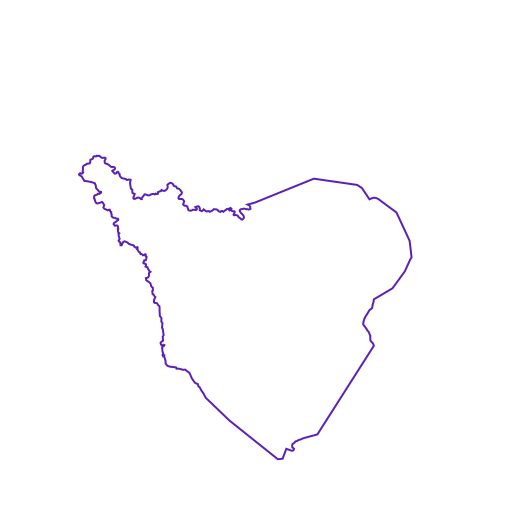 the district of San Lorenzo Texmelúcan, Oaxaca, Mexico, rotated 52°
{"feature_id": "50627088B55125244226498", "entity_name": "San Lorenzo Texmelúcan", "entity_type": "district", "adm_level": 2, "iso_a3": "MEX", "parent_name": "Mexico", "parent_adm1": "Oaxaca", "projection": "albers", "projection_center": [-97.233, 16.535], "detail": "fine", "context": "isolated", "style": "outline", "palette": "violet", "viewbox_px": 512, "rotation_deg": 52, "n_neighbors": 0, "source": "geoboundaries", "source_scale": "gbopen_adm2", "svg_char_len": 6097}
<svg xmlns="http://www.w3.org/2000/svg" viewBox="0 0 512 512"><g transform="rotate(52 256 256)"><path d="M82.7,340.7L83.7,340.7L84.1,342.0L83.7,342.8L82.8,343.3L82.4,344.2L82.7,345.2L83.5,345.4L85.8,344.4L91.2,345.0L93.3,342.9L95.7,340.8L97.3,339.6L98.4,338.9L98.7,338.6L99.5,338.2L100.2,338.5L101.2,338.7L102.3,339.1L103.1,339.7L104.1,340.2L109.2,339.9L109.6,339.0L110.1,338.6L110.7,339.0L110.7,339.9L110.6,341.2L109.6,342.5L109.7,343.5L109.3,345.0L108.9,345.6L109.0,346.3L110.5,347.9L110.9,348.1L111.5,348.0L114.7,349.3L116.4,349.2L117.7,347.2L118.5,344.1L119.9,343.9L122.5,344.3L123.7,346.3L124.7,346.5L126.1,346.1L126.9,345.6L128.6,344.9L129.4,342.8L129.8,342.8L130.1,342.9L130.4,343.2L131.3,343.3L132.3,343.0L132.8,343.6L133.5,344.0L134.6,344.2L135.7,345.3L137.4,345.2L139.5,343.5L140.3,343.2L141.7,341.8L142.7,342.2L142.8,346.1L142.5,347.0L142.7,347.9L143.2,348.6L145.4,348.5L146.2,346.8L147.2,346.5L147.9,346.7L149.8,347.8L149.7,348.4L151.0,349.2L152.9,350.1L153.8,349.8L153.8,350.6L154.5,350.9L155.0,351.4L156.3,352.1L158.2,352.7L158.7,353.2L159.3,354.8L160.3,355.0L160.8,354.7L161.9,354.6L162.6,355.3L163.2,355.5L164.1,356.1L164.8,355.3L163.2,352.2L163.5,350.5L166.4,348.9L167.1,348.9L168.0,348.8L169.1,348.2L171.6,346.4L172.5,345.8L173.1,345.9L173.5,346.2L175.6,345.5L175.9,344.1L176.4,344.0L177.2,344.9L177.6,345.6L178.2,345.4L180.3,345.8L181.3,345.5L181.7,345.2L183.1,345.8L183.5,345.7L184.1,344.9L184.7,344.7L185.8,344.7L186.3,343.7L186.3,342.5L186.6,342.0L187.0,342.0L188.4,343.1L189.4,342.8L190.9,344.5L191.5,345.5L190.6,346.7L191.1,347.4L191.5,347.8L191.6,348.5L192.0,349.0L193.0,348.9L194.0,348.1L194.8,347.8L195.3,348.1L196.4,349.6L198.1,348.4L199.2,348.9L202.7,349.3L203.5,349.0L203.5,349.7L203.3,350.2L203.9,351.2L205.8,352.6L206.3,353.6L206.4,354.7L205.6,356.4L207.5,357.4L211.3,356.2L212.8,356.1L215.6,357.3L217.4,356.8L219.7,358.5L219.7,359.3L222.5,361.0L223.3,360.5L225.8,360.8L226.4,360.6L227.3,362.3L227.9,363.6L229.7,364.9L230.6,364.7L231.2,363.8L232.2,363.1L234.5,363.3L236.2,363.1L237.8,364.1L239.4,365.4L244.1,368.7L246.8,368.8L249.4,371.0L251.4,371.1L254.7,374.3L256.1,374.4L261.5,377.5L262.1,379.1L264.0,380.4L265.5,381.3L265.4,383.1L265.6,384.6L267.3,385.4L268.6,385.2L269.1,383.4L269.8,383.1L270.1,383.8L270.2,386.2L273.5,388.4L275.9,389.2L276.4,390.6L277.8,390.9L278.0,389.6L279.0,390.3L282.8,391.8L285.3,393.5L287.9,393.4L289.8,392.3L294.6,387.6L295.9,388.0L297.2,386.2L300.8,383.5L301.9,381.8L304.0,381.3L307.2,380.4L312.6,381.8L316.1,382.1L318.6,382.1L321.2,380.7L323.3,381.6L324.9,381.2L326.3,381.5L328.8,381.9L332.1,382.0L336.7,382.9L369.5,378.2L429.6,363.9L432.1,359.8L426.6,350.8L431.2,347.9L432.0,347.0L432.0,345.7L431.3,344.7L430.2,344.9L429.2,345.2L427.6,344.3L426.6,342.9L426.8,341.3L426.7,340.3L426.4,339.0L427.1,337.6L427.1,336.5L427.4,335.3L427.8,334.3L428.2,333.2L428.4,332.0L429.4,329.3L434.4,317.5L399.3,218.4L397.9,217.9L396.9,217.7L393.2,217.9L392.0,217.2L391.1,216.4L390.1,215.9L389.5,215.1L384.9,213.9L383.4,214.1L382.3,213.9L378.9,213.7L377.2,213.7L375.8,213.6L374.1,212.0L372.4,209.5L371.6,208.1L370.8,206.2L370.3,204.5L368.7,200.4L368.5,199.5L368.5,197.3L368.6,196.6L366.3,194.2L365.2,192.6L364.3,191.3L363.4,190.6L362.7,189.8L365.5,168.3L359.7,148.1L353.9,137.0L352.8,134.2L338.6,125.6L308.2,118.5L286.2,124.6L284.2,125.7L283.8,126.0L282.8,127.1L282.1,128.3L281.2,131.7L267.7,130.7L262.3,132.5L230.7,162.8L213.2,224.1L210.3,230.9L211.1,230.5L212.4,230.1L213.5,230.4L214.0,230.4L215.4,231.4L215.2,232.4L214.8,233.3L213.5,234.3L212.5,235.4L211.3,236.2L210.7,237.6L209.8,239.3L209.8,240.4L210.3,241.0L211.5,241.3L213.3,241.3L214.5,241.1L216.3,241.0L218.3,241.8L218.8,242.7L218.9,244.3L217.8,245.1L216.7,245.2L214.5,245.8L213.3,245.6L212.4,245.8L211.3,246.7L210.2,248.4L209.5,248.2L208.8,246.4L208.1,245.6L207.5,245.5L206.1,247.0L204.8,247.6L203.6,246.2L202.3,246.6L202.3,247.2L202.8,247.7L203.3,248.8L201.9,248.6L201.2,249.6L201.0,250.1L201.2,250.9L201.0,252.7L201.1,254.5L199.6,255.0L199.2,255.5L199.4,256.8L198.4,257.5L197.4,258.0L196.5,257.8L195.0,258.4L193.1,260.5L193.3,262.1L193.1,263.8L192.6,265.3L191.5,265.6L190.4,267.6L187.0,268.6L187.3,269.7L187.3,270.3L187.3,271.0L186.4,271.6L185.3,272.1L184.0,271.0L182.3,270.5L181.2,270.9L180.1,273.6L182.6,273.6L182.9,274.2L182.8,275.2L182.0,275.7L181.3,276.5L180.6,277.5L180.6,278.5L180.0,279.6L179.4,280.4L178.2,281.0L177.3,280.6L176.1,280.3L174.9,279.7L173.7,280.0L172.2,281.4L170.5,281.7L169.5,280.1L168.7,279.0L167.7,278.8L166.7,278.8L165.7,279.1L165.1,279.7L164.5,280.6L163.5,281.6L162.6,281.5L161.6,280.1L161.3,278.5L161.3,276.6L160.8,275.7L160.1,275.1L158.5,275.2L157.2,275.0L155.7,275.3L154.9,275.8L154.2,276.5L152.9,276.3L151.8,276.3L151.1,277.0L150.0,277.6L148.8,277.3L147.8,277.2L146.6,277.7L145.5,278.5L145.3,280.5L145.3,282.0L146.1,282.4L147.0,282.9L147.7,283.5L148.5,285.3L148.6,286.8L148.4,287.8L147.8,288.8L145.8,289.8L146.3,290.8L145.3,293.8L146.6,295.2L145.9,296.3L145.1,296.6L145.2,297.8L144.2,298.3L143.4,299.4L142.8,300.8L142.7,302.4L141.9,303.6L140.6,304.5L139.4,305.2L138.8,305.9L139.3,307.4L140.0,310.6L140.8,311.0L140.5,311.5L138.8,311.9L137.6,312.6L137.0,313.6L136.5,316.1L135.6,317.1L134.7,317.0L133.3,314.8L132.5,313.4L131.5,313.8L130.5,314.5L129.4,314.1L128.6,313.5L127.8,312.7L127.4,312.6L126.7,313.0L125.9,313.1L121.7,310.8L120.8,310.2L118.8,307.9L118.0,308.4L117.6,309.0L117.1,309.8L116.7,310.9L115.1,311.3L113.0,313.0L112.2,313.6L111.1,314.0L109.7,314.0L108.5,313.8L107.5,313.0L106.7,313.3L105.8,313.2L105.3,312.8L104.6,313.0L104.3,313.6L104.7,315.3L104.6,315.9L104.4,316.4L103.8,316.7L102.1,316.7L101.3,317.0L100.4,316.8L100.7,314.3L100.6,313.7L100.0,313.0L99.4,312.9L98.6,313.1L97.7,313.8L97.1,314.9L96.1,315.4L93.2,316.0L92.3,316.4L90.9,317.2L90.3,317.7L89.6,317.8L88.6,317.3L87.8,316.7L87.1,315.1L86.6,314.5L86.1,314.3L85.5,314.5L84.0,316.8L82.7,317.4L81.3,317.6L80.3,318.0L79.7,319.2L78.9,319.9L79.1,320.6L78.6,321.3L77.8,322.0L77.6,322.9L78.1,323.6L78.8,324.6L78.8,325.2L78.2,327.3L80.4,329.3L80.6,330.1L79.1,332.7L79.3,333.7L78.9,334.9L78.8,336.3L79.2,337.5L80.6,338.7L81.5,339.2L82.7,340.7Z" fill="none" stroke="#5b21b6" stroke-width="2"/></g></svg>